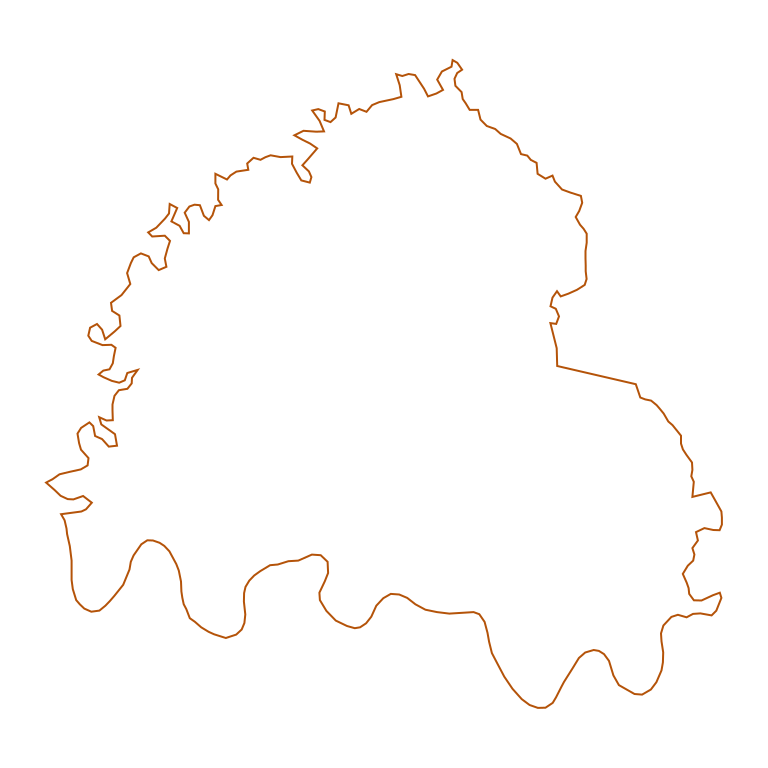 Quedas do Iguaçu, Paraná, Brazil (Mercator projection)
{"feature_id": "56859067B83242561936103", "entity_name": "Quedas do Iguaçu", "entity_type": "district", "adm_level": 2, "iso_a3": "BRA", "parent_name": "Brazil", "parent_adm1": "Paraná", "projection": "mercator", "projection_center": [-52.976, -25.446], "detail": "fine", "context": "isolated", "style": "outline", "palette": "amber", "viewbox_px": 768, "rotation_deg": 0, "n_neighbors": 0, "source": "geoboundaries", "source_scale": "gbopen_adm2", "svg_char_len": 4504}
<svg xmlns="http://www.w3.org/2000/svg" viewBox="0 0 768 768"><path d="M169.7,204.0L169.0,213.5L165.0,218.6L156.3,227.7L148.2,232.4L152.2,236.5L164.8,235.7L170.0,240.9L167.5,248.6L164.8,258.5L166.4,266.8L158.7,270.1L151.7,263.1L148.7,256.4L140.9,253.4L133.7,257.3L130.9,263.0L127.1,273.1L130.3,284.0L121.5,295.1L111.0,302.8L112.1,310.9L119.4,315.5L120.5,326.0L114.7,331.4L105.2,339.3L102.1,329.7L97.0,324.0L90.1,327.7L88.3,335.7L91.7,340.9L102.5,345.1L111.4,344.8L115.6,347.8L113.9,356.1L112.8,363.3L109.5,369.3L103.3,370.6L98.6,374.5L103.5,377.2L111.9,380.9L119.2,382.7L124.8,380.3L127.3,373.0L137.7,369.9L132.0,377.8L131.7,383.4L127.4,388.8L118.9,390.2L114.5,395.8L112.5,404.5L112.5,410.3L112.8,420.2L106.5,420.5L99.2,417.2L101.3,424.4L115.0,434.2L117.0,445.7L108.8,446.6L102.1,439.1L95.1,436.0L93.2,426.1L89.4,422.4L81.1,427.9L77.5,433.6L79.1,443.2L81.0,449.7L88.5,458.1L87.6,465.4L80.8,469.4L69.0,472.0L59.5,474.3L52.7,479.1L46.1,482.6L54.8,490.2L60.6,495.8L67.7,499.1L73.4,499.4L83.1,496.0L91.8,502.7L86.0,509.3L81.4,511.5L61.1,514.2L64.6,520.3L66.5,528.5L67.1,534.1L69.8,546.1L71.6,560.6L71.6,580.0L72.8,589.1L76.2,600.1L79.8,604.3L84.3,608.6L91.3,611.7L99.4,610.6L105.4,605.7L110.0,600.9L114.4,595.8L123.2,584.8L129.5,569.5L130.8,561.8L133.6,555.4L141.3,544.3L147.3,540.3L153.0,540.5L159.6,542.8L164.3,545.9L169.4,551.3L176.3,564.1L178.8,570.6L181.0,581.5L181.4,591.5L182.3,597.6L183.7,604.2L186.3,609.1L189.8,618.2L194.9,621.8L201.2,627.3L208.6,631.8L214.1,634.3L225.8,638.0L236.2,634.6L241.7,629.5L244.4,623.0L245.3,614.5L243.9,601.6L244.1,593.1L245.5,586.9L249.3,580.6L254.2,575.5L260.3,571.1L270.1,565.2L277.8,564.5L288.4,561.2L298.3,560.6L311.9,554.6L320.7,555.2L327.6,561.8L328.1,573.0L324.8,581.3L319.4,592.7L319.9,600.1L326.4,610.9L335.8,620.6L347.0,626.0L354.8,628.2L360.1,627.3L366.1,623.3L371.3,616.7L376.3,605.7L383.3,598.2L390.8,593.9L399.2,594.5L407.2,597.9L415.4,604.3L425.4,609.7L437.0,612.1L449.3,613.6L464.0,612.7L473.6,612.1L479.3,614.2L484.6,621.9L487.5,632.8L489.1,641.8L491.9,653.1L497.7,664.2L504.3,676.7L512.5,688.8L521.8,699.2L529.6,705.0L537.9,707.9L545.5,707.7L552.7,702.9L556.0,697.4L561.4,686.8L564.0,681.9L572.4,668.6L578.9,658.0L585.2,652.5L593.7,650.0L598.9,650.9L604.0,654.1L609.0,660.9L613.4,675.4L618.9,685.1L634.5,694.0L642.1,694.6L650.9,689.5L656.4,682.2L661.5,670.4L662.9,662.4L663.2,652.4L661.5,641.3L661.0,633.4L663.4,625.5L671.4,616.9L677.9,614.8L686.6,617.3L693.0,613.9L700.4,613.4L711.6,615.4L716.3,610.7L721.4,597.9L719.8,592.7L713.0,595.2L701.5,600.5L693.9,600.3L689.2,593.9L688.6,588.1L686.7,582.7L682.8,573.9L687.8,565.7L693.2,560.6L694.4,554.5L692.4,548.1L697.9,540.5L696.0,532.1L704.4,528.1L713.3,530.0L719.6,530.2L721.9,524.6L721.9,517.6L721.4,511.5L714.6,499.3L710.7,492.4L692.4,496.9L693.8,481.8L691.3,476.3L692.4,469.9L692.0,462.5L686.4,454.8L682.9,449.4L681.0,443.6L681.0,435.7L672.5,425.1L668.3,421.5L663.7,413.6L660.2,409.3L656.7,405.2L651.1,400.6L645.2,399.4L640.3,397.5L635.8,384.2L557.2,366.0L556.7,348.2L550.4,323.1L556.2,323.9L559.0,316.4L555.8,308.8L550.5,306.3L552.5,297.6L557.0,291.2L560.7,296.4L568.3,293.7L577.0,289.8L584.7,284.9L586.6,279.0L585.7,271.3L585.7,265.5L585.5,258.5L585.5,251.0L586.7,242.7L586.7,233.7L583.6,228.8L580.0,224.7L575.7,217.0L579.2,211.0L582.2,202.8L580.9,195.9L570.5,192.6L562.0,189.5L554.9,181.6L552.5,175.6L545.5,178.7L537.6,173.8L536.6,162.9L530.8,159.9L527.3,155.6L521.0,154.1L516.9,143.9L510.6,138.5L500.7,133.9L495.2,129.0L486.8,126.0L480.5,119.6L478.1,109.9L469.7,109.9L465.7,103.3L462.7,99.0L461.6,92.1L455.4,85.8L454.5,78.8L457.2,73.0L462.1,69.7L457.3,62.8L452.6,60.1L451.5,66.7L441.9,71.5L437.2,79.6L443.0,89.9L436.4,93.5L428.0,96.4L424.1,88.8L415.1,75.1L408.6,74.0L402.3,76.0L396.2,74.2L399.7,85.2L401.4,96.8L393.4,99.1L379.3,102.1L372.1,105.1L366.5,111.8L359.2,109.0L351.3,113.8L348.6,105.3L338.5,103.3L335.6,117.5L330.5,122.1L324.5,119.9L324.8,111.5L318.3,109.1L312.2,110.5L319.6,120.9L324.0,131.4L316.3,131.7L303.5,130.8L294.4,135.3L302.7,139.9L310.0,143.5L317.2,148.4L307.8,159.3L302.4,165.3L308.9,171.4L311.4,177.1L309.8,182.6L301.3,180.4L296.7,172.7L292.0,163.8L292.3,156.5L280.5,157.1L270.6,155.3L265.4,157.2L260.5,159.8L253.5,157.8L247.2,163.5L248.3,169.8L236.4,171.6L230.5,175.4L227.0,179.5L215.4,173.8L215.4,183.5L218.2,189.3L218.1,199.8L221.6,205.0L215.4,206.1L212.5,215.2L209.0,220.1L203.9,215.8L199.9,205.2L194.5,204.7L189.4,206.5L184.7,212.7L188.9,221.9L188.9,233.4L183.7,233.2L179.6,225.8L171.4,221.4L177.2,208.0L169.7,204.0Z" fill="none" stroke="#b45309" stroke-width="2"/></svg>